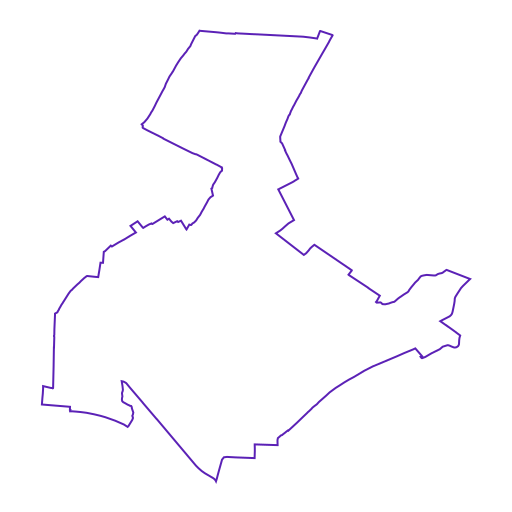 Castelu, Constanta, Romania (Natural Earth projection)
{"feature_id": "2599482B70858783646654", "entity_name": "Castelu", "entity_type": "district", "adm_level": 2, "iso_a3": "ROU", "parent_name": "Romania", "parent_adm1": "Constanta", "projection": "natural_earth1", "projection_center": [28.385, 44.29], "detail": "fine", "context": "isolated", "style": "outline", "palette": "violet", "viewbox_px": 512, "rotation_deg": 0, "n_neighbors": 0, "source": "geoboundaries", "source_scale": "gbopen_adm2", "svg_char_len": 5783}
<svg xmlns="http://www.w3.org/2000/svg" viewBox="0 0 512 512"><path d="M55.0,313.6L55.0,315.0L54.4,329.0L54.3,335.1L54.0,335.7L54.0,336.3L54.3,336.8L54.0,347.5L53.9,347.5L53.6,366.4L53.1,387.9L53.0,388.2L52.8,388.3L52.6,388.1L52.3,388.0L51.6,388.0L50.7,387.9L43.1,386.1L43.1,387.0L43.1,388.6L42.8,393.7L42.4,397.9L42.0,403.1L41.9,404.5L57.8,405.8L70.0,406.8L69.9,409.9L70.3,410.0L70.1,410.4L70.1,411.3L72.0,411.3L73.4,411.4L76.0,411.6L80.3,412.0L83.5,412.4L86.6,412.8L94.1,414.3L100.4,415.8L105.3,417.2L115.2,420.7L123.9,424.5L127.6,426.9L128.5,426.0L132.2,420.0L132.9,418.3L132.8,417.7L132.9,417.3L132.3,415.9L132.9,414.5L133.3,412.5L132.1,409.0L131.8,408.0L131.8,407.2L131.2,406.0L130.2,405.8L129.7,405.7L128.8,405.1L127.7,404.7L125.5,403.4L123.1,402.1L122.2,401.1L121.9,399.7L122.0,398.2L122.2,397.3L122.4,396.5L122.0,393.4L122.1,392.6L122.7,391.0L122.9,389.7L122.5,386.1L121.8,381.8L121.7,381.2L123.5,381.6L124.5,382.1L125.9,382.9L126.3,383.2L129.9,387.6L142.8,402.7L142.8,402.8L156.7,419.1L156.8,419.1L196.0,465.7L198.4,468.1L201.7,471.0L204.8,473.2L213.3,478.2L214.1,478.8L214.9,479.6L215.6,480.5L216.0,481.3L216.9,478.4L217.6,475.6L219.1,470.1L221.3,462.3L222.0,459.7L223.9,457.3L227.0,456.9L230.3,457.1L235.9,457.4L254.6,458.1L254.8,451.3L254.8,448.1L254.7,445.4L254.7,444.4L276.5,445.1L277.6,445.1L277.5,441.5L277.5,440.0L277.9,438.1L279.9,436.4L280.8,435.5L282.2,435.0L282.7,434.5L285.3,432.5L286.6,431.4L287.5,430.8L288.0,430.4L288.3,430.7L296.9,422.8L303.0,416.9L307.3,412.8L307.8,412.2L308.8,411.4L311.6,408.7L312.4,407.7L314.5,406.0L316.7,404.4L317.1,404.0L318.9,402.0L326.2,395.6L329.6,392.4L335.7,387.9L339.7,385.4L344.3,382.4L349.0,379.6L353.7,377.1L364.2,370.8L373.2,366.2L373.3,366.2L396.9,356.3L404.6,352.9L413.4,349.3L413.8,349.1L415.3,348.4L422.0,356.1L420.6,356.8L421.4,357.8L421.8,358.1L422.3,358.1L425.2,357.0L431.5,353.3L439.8,349.2L442.7,346.7L447.5,345.2L448.5,345.3L449.7,345.7L451.7,346.6L453.8,347.4L454.5,347.5L455.1,347.5L456.2,347.3L457.0,346.9L458.1,346.1L458.5,345.4L458.9,344.6L459.0,343.8L459.2,340.0L459.5,337.8L460.2,335.5L453.1,330.2L447.1,325.9L447.1,326.0L440.3,321.2L442.1,320.2L446.8,317.8L449.7,316.3L451.1,315.0L451.8,314.0L452.2,313.0L452.6,311.6L453.4,307.8L454.2,303.8L454.6,301.2L454.8,298.4L455.4,296.8L457.6,293.3L459.7,290.1L461.0,288.1L462.9,286.0L470.1,279.0L446.6,269.9L446.0,270.2L444.8,271.1L443.8,271.8L442.5,272.8L441.3,273.2L439.6,273.5L438.0,274.0L436.8,274.7L435.7,275.4L434.2,275.5L432.8,275.4L426.7,274.9L423.8,275.4L422.0,275.8L420.7,276.4L419.0,278.5L418.1,279.8L415.1,282.6L413.9,284.1L411.4,287.1L409.2,290.0L408.5,291.3L407.6,292.2L404.0,294.4L401.4,296.2L401.3,296.3L399.6,297.4L398.0,298.6L395.4,300.9L394.3,301.8L392.4,302.2L390.3,302.9L388.9,303.5L387.0,303.9L385.2,304.3L383.4,304.2L382.5,304.1L381.9,303.6L381.3,302.9L380.5,302.4L377.7,302.6L376.6,302.6L376.0,302.0L376.8,301.1L379.8,295.7L368.4,288.1L368.4,287.9L348.8,275.0L348.5,274.7L351.8,270.5L351.8,270.3L314.4,244.8L314.1,245.0L311.8,246.9L310.1,248.5L308.7,250.4L306.1,253.3L303.8,254.9L275.9,233.3L280.1,230.6L282.4,228.8L284.8,226.6L288.5,223.4L294.0,220.1L278.3,189.4L278.8,189.2L279.4,188.8L292.2,182.3L293.8,181.4L295.1,180.5L296.3,179.8L298.2,178.6L298.0,178.1L297.4,177.1L296.1,174.2L291.7,164.0L289.8,160.2L287.6,155.6L286.4,153.4L285.0,150.4L285.2,150.2L282.1,143.4L280.4,141.7L280.4,140.8L280.2,137.6L280.2,136.5L284.5,126.2L285.3,124.0L286.0,122.2L287.4,119.1L288.3,116.6L288.9,115.3L289.8,114.5L289.9,113.9L291.1,110.7L291.7,109.7L293.3,106.4L293.9,105.5L296.4,100.6L298.0,97.9L299.3,95.6L299.7,94.6L300.5,93.4L300.9,92.9L301.0,92.5L301.8,90.6L305.8,83.2L307.7,79.7L308.7,78.1L308.6,77.9L309.0,77.1L313.1,69.6L314.9,66.4L317.6,61.7L322.3,53.5L324.7,49.4L329.0,41.9L329.3,41.2L330.6,38.8L332.6,35.4L332.5,35.1L332.3,35.0L320.3,31.0L320.0,31.1L318.1,36.1L317.1,38.6L316.8,38.5L310.0,37.5L303.2,36.7L258.4,34.4L251.4,34.1L246.1,33.8L242.2,33.6L237.9,33.4L235.7,33.1L235.5,33.5L235.2,33.8L228.6,33.4L227.1,33.4L226.2,33.4L220.7,32.7L217.9,32.4L215.8,32.2L199.8,30.8L199.5,30.7L198.2,32.8L196.8,34.8L195.2,36.1L191.0,44.4L190.5,45.8L190.2,46.3L188.1,48.8L186.3,51.7L185.6,52.5L184.6,53.6L183.2,55.5L180.8,58.3L179.2,60.7L178.0,62.5L176.6,64.8L176.3,65.2L172.8,71.7L172.6,71.8L172.3,72.3L171.9,73.0L169.5,76.5L167.9,79.8L165.9,83.7L164.7,87.2L163.5,89.4L162.5,91.1L160.4,95.1L157.3,100.9L156.4,102.6L154.7,106.2L152.4,110.6L151.1,112.5L150.2,114.3L149.2,115.8L147.4,118.6L144.3,122.2L141.7,124.3L142.6,125.3L142.9,125.9L142.6,127.1L142.7,127.7L143.2,128.1L147.1,130.2L151.3,132.3L158.6,135.9L163.2,138.3L163.3,138.6L181.8,147.9L192.4,153.1L195.4,154.2L196.3,154.3L197.2,154.7L216.2,164.5L216.6,164.6L221.0,167.0L221.8,167.4L221.6,167.8L222.1,168.5L222.0,170.7L221.5,171.0L220.2,172.3L218.7,174.9L217.2,178.0L214.8,182.3L213.2,184.6L213.0,185.1L212.6,186.4L212.2,188.1L211.4,188.6L213.0,195.6L212.3,196.1L210.5,197.2L208.5,199.5L206.9,202.6L204.7,206.5L203.7,208.5L201.7,211.8L200.1,214.9L197.8,217.8L196.1,220.5L194.1,222.5L192.5,223.4L191.3,224.9L190.8,225.0L189.3,224.6L186.5,229.5L186.3,229.3L181.0,220.7L178.1,222.0L177.2,221.2L173.2,223.1L171.4,221.6L169.0,218.7L167.4,219.7L164.8,216.4L152.4,224.0L151.9,223.9L151.5,223.7L151.4,223.5L149.3,224.3L148.0,225.0L145.6,226.4L143.2,227.9L142.8,227.6L137.6,221.3L130.5,225.9L135.9,232.5L135.7,232.6L130.0,235.9L125.0,239.0L118.7,242.4L111.9,246.5L110.8,245.6L105.0,251.2L103.8,251.8L103.0,262.8L100.5,262.7L99.4,269.9L98.2,277.1L94.7,276.8L89.1,276.2L87.2,276.0L86.9,276.1L86.6,276.2L85.8,276.8L85.4,277.2L84.6,277.7L80.9,281.1L79.4,282.7L77.4,284.4L73.0,288.6L72.0,289.8L70.9,290.6L70.3,291.3L68.6,293.6L63.8,301.2L63.0,302.4L62.7,303.0L61.5,304.7L60.4,306.7L59.1,308.9L59.0,309.4L57.7,311.5L57.4,312.3L57.1,312.5L55.9,313.1L55.0,313.6Z" fill="none" stroke="#5b21b6" stroke-width="2"/></svg>